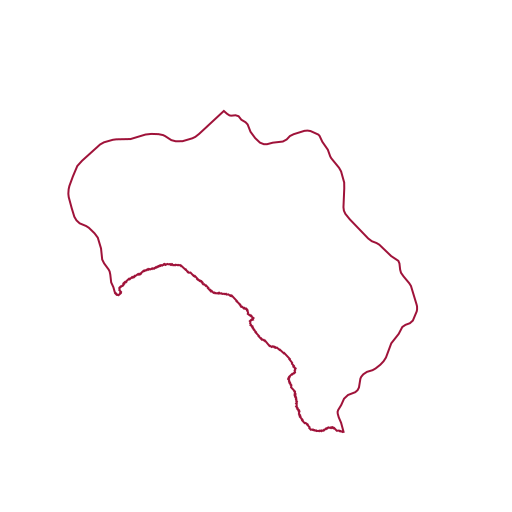 Las Charcas, Azua, Dominican Republic (orthographic projection), rotated 317°
{"feature_id": "3306468B70810914734022", "entity_name": "Las Charcas", "entity_type": "district", "adm_level": 2, "iso_a3": "DOM", "parent_name": "Dominican Republic", "parent_adm1": "Azua", "projection": "orthographic", "projection_center": [-70.568, 18.379], "detail": "fine", "context": "isolated", "style": "outline", "palette": "rose", "viewbox_px": 512, "rotation_deg": 317, "n_neighbors": 0, "source": "geoboundaries", "source_scale": "gbopen_adm2", "svg_char_len": 6139}
<svg xmlns="http://www.w3.org/2000/svg" viewBox="0 0 512 512"><g transform="rotate(317 256 256)"><path d="M128.1,186.0L128.1,187.3L127.6,187.3L127.6,189.1L128.1,189.1L128.1,190.0L128.9,190.5L128.9,190.9L131.5,191.0L131.5,190.5L132.3,190.5L132.3,190.0L132.8,190.0L132.8,187.8L133.2,187.8L134.0,186.4L134.9,186.4L134.9,186.0L136.2,186.0L136.2,186.4L138.3,186.5L138.3,186.9L138.7,186.9L138.7,186.5L140.4,186.5L140.4,185.6L142.2,185.6L142.2,186.0L143.0,186.0L143.0,186.5L143.4,186.5L143.4,186.0L147.3,186.0L147.3,186.5L148.1,186.5L148.1,186.9L150.7,186.9L150.7,187.4L151.6,187.4L151.6,187.8L152.4,187.8L152.4,188.3L153.3,188.3L153.3,187.8L153.7,187.8L153.7,188.3L157.1,188.7L157.1,189.2L158.0,189.2L158.0,189.6L158.4,189.6L158.4,190.1L159.2,190.1L159.2,190.5L159.7,190.5L159.7,190.1L163.5,190.1L163.5,190.5L164.4,190.5L164.4,191.0L166.5,191.4L166.5,191.9L168.2,191.9L168.2,192.8L169.1,192.8L169.5,193.7L171.2,194.1L171.2,194.6L172.1,194.6L172.5,195.5L173.3,195.5L173.3,195.9L175.0,195.9L175.0,196.4L176.3,196.4L176.3,196.8L177.6,196.8L177.6,197.3L178.9,197.3L178.9,197.7L179.7,197.7L179.7,198.2L180.6,198.2L181.0,199.1L182.7,199.1L182.7,199.5L183.6,199.5L183.6,200.4L184.0,200.4L184.0,200.9L185.7,201.3L186.1,202.2L187.4,203.1L187.4,204.0L188.3,204.0L188.3,204.9L189.1,204.9L189.1,206.3L190.0,206.7L190.4,207.6L191.3,207.6L192.5,209.4L193.0,209.4L193.4,210.3L194.3,210.8L194.3,212.1L194.7,212.1L195.1,218.0L195.5,218.0L195.1,221.1L195.5,221.1L195.5,222.5L196.8,223.4L196.8,227.9L197.2,227.9L197.2,229.2L197.7,229.2L197.7,232.8L197.2,232.8L197.2,233.3L197.7,233.3L197.7,235.5L198.1,235.5L198.1,236.4L198.5,236.4L198.5,237.3L198.9,237.3L198.9,237.8L198.5,237.8L198.5,238.2L198.9,238.2L198.9,239.1L198.1,239.6L198.1,240.9L198.9,241.4L198.9,243.6L199.4,243.6L199.4,246.8L198.9,246.8L198.9,249.5L199.4,249.5L199.4,250.8L198.9,250.8L198.9,251.3L199.8,251.3L199.8,254.0L200.7,254.4L200.7,255.3L201.1,255.3L201.9,256.7L202.8,257.1L202.8,257.6L203.6,257.6L203.6,258.0L204.1,258.0L204.1,258.9L205.4,259.8L205.4,260.7L206.6,261.6L207.1,262.5L207.5,262.5L207.9,263.4L208.3,263.4L208.3,264.3L209.6,265.2L210.0,267.5L210.5,267.5L210.5,267.9L210.9,267.9L210.9,268.8L211.3,268.8L211.3,276.0L210.9,276.0L211.3,280.5L210.9,280.5L210.9,282.8L210.5,282.8L210.5,283.2L211.3,283.7L211.3,285.9L211.8,285.9L211.8,286.4L212.2,286.4L212.2,287.3L213.0,287.7L213.0,289.1L212.6,289.1L212.6,290.0L212.2,290.0L211.8,291.8L210.5,292.7L210.9,294.9L211.3,294.9L211.3,296.3L211.8,296.3L211.8,296.7L211.3,296.7L211.8,299.4L211.3,299.4L211.3,299.9L210.0,299.9L210.0,300.3L209.2,299.9L209.2,299.4L207.1,299.4L207.1,300.3L205.8,301.2L205.4,303.0L204.9,303.0L205.4,304.8L204.9,304.8L204.9,306.2L204.5,306.2L204.5,308.4L204.1,308.4L204.1,311.6L203.6,311.6L203.6,316.5L203.2,316.5L203.2,319.7L203.6,319.7L203.6,320.6L203.2,320.6L203.2,321.0L203.6,321.0L204.1,322.8L204.5,322.8L204.5,324.2L204.9,324.2L204.5,330.9L204.9,330.9L205.4,333.2L206.2,333.2L206.2,333.6L207.1,334.1L207.1,335.0L207.5,335.0L207.5,335.9L207.9,335.9L207.9,336.8L208.8,337.2L209.2,340.8L209.6,340.8L210.0,346.2L210.5,346.2L210.5,354.3L210.0,354.3L209.6,358.8L208.8,359.3L208.8,362.0L208.3,362.0L208.3,362.9L207.9,362.9L208.3,365.1L207.5,365.1L207.1,366.0L206.2,366.0L205.4,367.4L204.9,367.4L204.9,367.8L204.1,367.8L204.1,367.4L201.9,367.4L201.9,366.9L198.1,366.9L198.1,367.4L196.8,367.4L196.8,367.8L196.0,367.8L196.0,368.3L195.5,368.3L195.5,369.6L194.7,370.1L194.7,371.4L194.2,371.4L194.2,372.3L193.8,372.3L193.8,374.1L193.4,374.1L193.4,375.0L192.1,375.9L192.1,381.3L191.7,381.3L191.7,382.2L190.8,382.7L190.8,383.6L190.4,383.6L190.4,384.0L189.5,384.0L189.5,384.9L189.1,384.9L189.1,385.8L188.7,385.8L188.7,386.7L188.3,386.7L188.3,387.6L187.4,388.1L187.4,389.0L186.6,389.4L186.6,390.3L186.1,390.3L185.7,391.2L184.8,391.2L184.8,392.1L184.0,392.6L183.6,393.5L182.7,393.5L182.7,395.3L182.3,395.3L182.3,396.6L181.8,396.6L181.8,397.5L182.3,397.5L182.3,398.0L181.8,398.0L181.8,398.9L181.4,398.9L181.4,399.3L181.0,399.3L180.6,400.2L179.7,400.7L179.7,402.0L179.3,402.0L179.3,402.9L178.9,402.9L178.9,403.8L178.4,403.8L178.4,407.0L178.0,407.0L178.0,407.9L177.6,407.9L177.6,411.5L178.4,411.9L178.9,414.2L178.4,414.2L178.4,417.8L177.6,418.2L177.6,420.5L178.4,420.9L178.8,421.8L179.3,421.8L179.3,422.7L180.1,423.2L180.1,424.1L181.0,424.5L181.0,425.4L182.3,426.3L182.7,427.2L183.6,427.2L184.0,428.1L184.4,428.1L184.4,428.6L185.3,428.6L185.7,429.5L187.0,429.5L187.0,429.9L189.5,429.9L189.5,430.4L190.8,430.4L190.8,430.8L192.1,430.8L192.5,431.7L193.4,432.2L193.4,432.6L193.8,432.6L193.8,433.1L194.7,433.1L194.7,433.5L195.1,433.5L195.1,434.4L195.5,434.4L195.5,435.3L195.9,435.3L195.9,438.9L197.7,440.3L197.7,441.2L198.5,441.6L198.5,442.5L199.4,443.0L199.4,443.9L200.1,444.3L204.5,436.0L206.5,430.4L208.2,427.1L209.4,425.6L211.0,424.7L216.7,423.1L223.1,420.4L228.5,420.4L235.7,423.3L238.8,423.4L241.6,422.4L248.7,416.9L250.6,416.1L253.8,415.7L258.1,416.4L263.4,419.0L266.7,419.8L272.7,420.3L277.5,420.0L281.8,418.9L295.4,412.1L307.2,410.3L314.6,407.7L318.4,408.3L322.7,410.1L326.7,410.2L335.8,406.1L337.4,404.9L339.4,402.7L340.4,400.9L348.9,383.6L349.5,380.4L350.0,371.5L350.6,367.2L352.1,364.3L355.8,359.3L356.8,356.6L354.8,348.3L353.9,331.8L353.0,328.7L350.8,324.2L350.0,319.7L349.6,293.2L350.1,286.1L351.2,282.8L353.2,280.0L366.7,266.7L370.6,262.4L375.9,252.2L376.9,248.1L377.7,235.9L378.2,233.8L381.0,227.3L382.4,217.7L384.4,211.5L384.4,209.7L381.1,201.8L379.2,199.4L376.8,197.5L366.6,192.6L362.6,191.4L357.9,191.7L353.7,190.6L345.6,184.6L340.2,181.7L338.0,179.6L336.2,175.8L335.8,169.2L336.7,161.4L339.6,154.1L339.6,151.1L338.2,146.3L338.6,141.9L337.0,139.1L333.6,136.5L332.5,135.1L331.8,132.2L331.4,128.0L297.6,127.9L292.9,127.5L289.7,126.5L280.5,121.9L275.5,117.3L273.1,113.5L271.3,106.3L270.5,104.2L267.8,100.4L262.7,95.3L258.0,91.8L244.0,84.9L233.4,75.4L230.6,73.4L222.4,69.2L218.0,68.1L193.8,67.7L186.7,68.3L176.4,72.9L167.3,77.5L164.5,79.4L161.2,82.5L159.2,85.2L153.9,95.2L149.9,103.4L149.0,107.5L149.3,111.8L152.2,118.2L153.0,121.3L153.4,129.2L152.8,134.7L147.8,144.8L141.1,153.7L139.9,157.8L139.0,165.4L138.4,167.5L136.7,170.3L132.1,176.5L130.4,181.6L128.1,186.0Z" fill="none" stroke="#9f1239" stroke-width="2"/></g></svg>